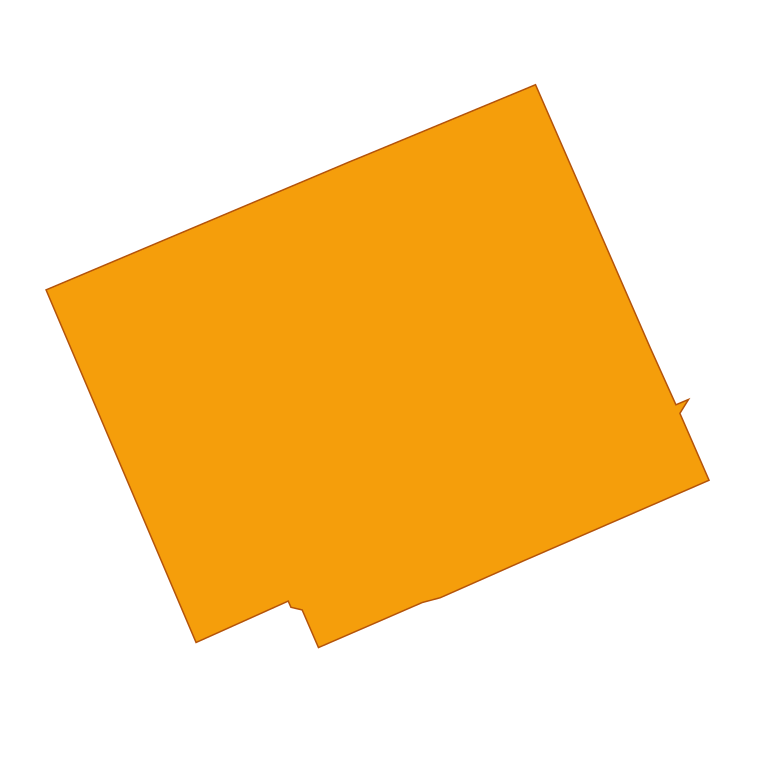 Coffee, Alabama, United States of America (Mercator projection), rotated 247°
{"feature_id": "52423323B95617372231955", "entity_name": "Coffee", "entity_type": "district", "adm_level": 2, "iso_a3": "USA", "parent_name": "United States of America", "parent_adm1": "Alabama", "projection": "mercator", "projection_center": [-86.052, 31.4], "detail": "fine", "context": "isolated", "style": "filled", "palette": "amber", "viewbox_px": 768, "rotation_deg": 247, "n_neighbors": 0, "source": "geoboundaries", "source_scale": "gbopen_adm2", "svg_char_len": 387}
<svg xmlns="http://www.w3.org/2000/svg" viewBox="0 0 768 768"><g transform="rotate(247 384 384)"><path d="M600.3,640.4L601.7,464.5L602.0,439.0L602.7,109.7L219.5,110.0L221.6,211.0L214.8,211.1L208.0,220.4L167.0,220.7L167.9,333.9L165.3,352.3L166.7,443.9L168.4,645.6L241.4,644.9L250.8,658.3L250.8,644.6L313.3,643.2L600.3,640.4Z" fill="#f59e0b" stroke="#b45309" stroke-width="1.5"/></g></svg>